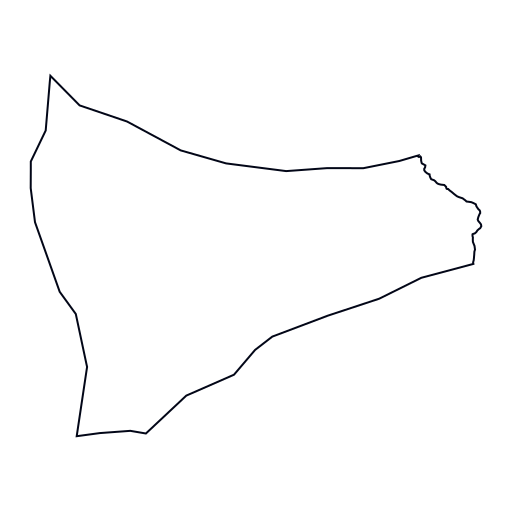 the district of Hurghada 1, Al Bahr al Ahmar, Egypt
{"feature_id": "37247803B61358518780197", "entity_name": "Hurghada 1", "entity_type": "district", "adm_level": 2, "iso_a3": "EGY", "parent_name": "Egypt", "parent_adm1": "Al Bahr al Ahmar", "projection": "albers", "projection_center": [33.55, 27.127], "detail": "fine", "context": "isolated", "style": "outline", "palette": "ink", "viewbox_px": 512, "rotation_deg": 0, "n_neighbors": 0, "source": "geoboundaries", "source_scale": "gbopen_adm2", "svg_char_len": 1666}
<svg xmlns="http://www.w3.org/2000/svg" viewBox="0 0 512 512"><path d="M418.4,155.4L399.3,161.0L363.3,168.2L327.4,168.1L286.2,171.1L226.1,163.4L180.7,150.4L127.0,121.5L79.6,105.4L50.4,75.8L49.8,81.8L45.7,130.5L30.8,161.5L30.8,168.8L30.8,169.4L30.8,170.0L30.7,188.1L35.0,222.2L48.6,260.5L59.7,291.8L75.8,314.0L86.6,364.8L87.1,366.9L86.6,370.1L76.7,436.2L99.0,433.2L99.6,433.1L129.5,430.9L130.1,430.8L145.9,433.5L186.3,395.6L234.0,374.7L255.1,349.9L272.3,336.6L327.7,315.7L379.2,298.7L421.3,277.8L473.4,263.9L473.1,262.4L473.7,260.2L474.0,257.6L474.0,257.2L474.2,255.0L474.4,251.6L475.0,249.6L474.5,245.9L474.0,244.7L472.9,241.9L472.8,239.3L472.9,237.4L472.5,236.0L472.5,234.3L472.9,234.0L474.8,233.4L476.3,232.1L477.4,230.4L479.1,228.9L480.2,228.2L481.3,226.2L481.0,224.4L480.0,223.0L478.3,221.0L477.7,219.6L477.8,219.1L478.0,218.4L478.1,217.9L478.4,216.9L478.8,215.9L479.4,214.4L479.9,213.5L480.2,213.1L480.1,211.4L479.7,210.4L478.3,209.1L476.5,206.5L475.8,204.3L473.5,203.1L471.4,202.2L468.9,201.8L466.5,201.5L465.5,200.5L465.0,200.1L464.3,199.6L462.6,198.3L459.2,197.2L458.4,196.9L456.9,196.2L455.1,194.8L454.3,194.2L451.6,191.9L449.7,190.5L448.1,189.0L447.1,189.0L446.6,188.7L446.2,187.7L446.1,186.8L444.3,185.0L440.8,184.6L438.8,184.1L438.4,183.9L437.6,183.6L436.6,182.8L435.5,181.5L435.3,181.2L434.7,180.8L434.2,180.3L431.2,179.2L430.3,177.5L429.6,175.4L429.6,174.4L427.4,173.5L425.4,171.9L424.3,170.4L424.2,168.9L424.6,168.2L425.1,167.3L425.1,167.2L425.4,165.4L423.7,164.4L422.0,163.5L421.7,163.1L421.4,161.9L421.1,160.4L421.1,159.2L421.0,157.3L420.3,156.4L419.0,157.0L418.0,156.4L418.2,155.9L418.4,155.4Z" fill="none" stroke="#020617" stroke-width="2"/></svg>